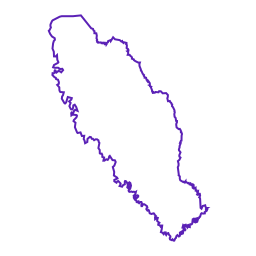 Ban Khwao, Chaiyaphum, Thailand (Equal Earth projection)
{"feature_id": "78962969B12995220204726", "entity_name": "Ban Khwao", "entity_type": "district", "adm_level": 2, "iso_a3": "THA", "parent_name": "Thailand", "parent_adm1": "Chaiyaphum", "projection": "equal_earth", "projection_center": [101.855, 15.816], "detail": "fine", "context": "isolated", "style": "outline", "palette": "violet", "viewbox_px": 256, "rotation_deg": 0, "n_neighbors": 0, "source": "geoboundaries", "source_scale": "gbopen_adm2", "svg_char_len": 5826}
<svg xmlns="http://www.w3.org/2000/svg" viewBox="0 0 256 256"><path d="M80.9,15.4L73.0,16.2L61.7,16.2L59.7,16.7L52.7,20.3L52.0,21.1L50.5,24.4L50.4,26.0L50.9,27.4L49.6,30.0L48.8,30.8L50.2,34.0L52.0,36.5L54.7,38.2L54.9,39.8L53.8,41.0L53.1,43.4L52.5,48.6L53.8,51.7L54.0,56.4L55.6,56.5L57.0,55.1L57.3,59.8L58.4,62.2L57.9,62.9L54.0,65.0L53.1,67.3L54.9,67.8L58.0,67.7L60.2,69.0L62.3,68.8L63.1,70.1L61.2,72.3L60.1,71.3L59.3,71.3L58.8,70.6L56.3,72.7L55.7,72.4L55.6,70.6L55.0,70.3L54.5,71.1L54.6,72.7L53.6,73.4L52.6,73.2L52.4,75.0L54.5,77.2L55.8,77.8L56.1,79.1L58.0,79.7L58.9,82.2L58.8,83.8L57.2,84.9L59.3,87.3L59.4,90.1L59.8,91.3L60.3,92.0L63.8,92.3L63.0,95.2L62.1,96.5L61.8,98.7L64.4,103.1L65.0,103.5L66.1,102.5L67.8,97.0L71.8,98.1L71.3,99.6L69.1,101.4L70.6,102.9L69.4,106.1L70.5,108.5L71.1,109.3L72.5,109.4L73.1,107.6L73.3,105.4L74.7,104.7L76.2,107.0L77.5,110.8L75.1,109.8L74.0,111.1L73.2,113.1L71.7,112.4L71.2,113.1L71.4,115.4L72.4,114.7L74.5,114.8L76.6,115.1L77.0,115.8L76.4,117.4L73.9,120.0L73.5,121.1L75.5,122.7L74.9,127.2L77.1,132.5L77.6,133.0L80.5,132.4L81.9,136.0L84.2,135.8L83.7,139.1L84.5,140.4L85.1,143.2L87.3,142.0L87.5,138.9L89.8,136.9L90.9,137.1L91.8,138.8L92.9,138.8L94.1,140.2L95.6,139.3L97.0,139.3L98.4,140.3L98.8,142.1L99.4,142.9L98.4,148.1L99.7,150.0L99.8,153.3L100.3,153.7L101.7,153.6L102.3,154.9L102.3,156.9L104.1,157.5L103.4,160.7L104.4,160.7L106.2,159.3L107.7,159.9L108.8,158.2L109.2,156.4L109.8,155.9L112.5,160.1L114.9,160.3L115.7,162.0L114.3,165.7L112.8,167.0L114.2,171.9L113.9,175.5L117.1,177.6L117.5,178.4L114.3,179.9L114.3,181.3L116.5,182.7L117.3,181.4L118.2,181.0L120.6,183.5L120.6,184.2L119.6,186.0L122.1,186.7L123.0,185.2L124.8,184.3L124.8,181.6L125.1,181.0L125.8,181.1L126.8,182.3L127.9,184.9L127.3,187.4L128.6,188.6L129.1,188.2L128.6,182.9L129.4,182.3L130.3,183.0L131.0,185.6L130.2,188.7L128.6,190.4L128.9,191.5L129.7,191.9L131.4,191.5L132.4,192.0L133.9,191.7L135.1,192.3L135.9,191.8L135.4,194.0L133.9,195.6L134.9,196.2L137.6,195.3L138.2,195.7L138.2,196.7L136.5,198.3L134.6,197.2L133.8,197.2L133.8,197.8L134.9,199.7L136.5,200.7L136.6,202.0L137.2,202.3L138.4,201.5L138.5,202.6L139.1,203.2L140.3,202.0L141.4,202.0L141.9,203.3L141.3,205.0L141.5,206.1L142.1,206.1L143.2,204.2L144.4,204.3L147.0,206.2L147.4,207.7L146.5,208.3L146.4,209.3L147.4,210.6L148.4,210.0L148.9,210.3L149.7,213.3L151.5,214.0L153.4,213.3L154.2,213.6L154.4,214.4L155.9,216.0L155.0,217.1L155.1,219.2L157.1,217.7L157.8,217.9L157.1,220.2L157.3,221.2L159.4,222.8L158.3,223.9L158.2,224.8L159.9,225.4L160.8,226.9L161.2,226.7L161.3,225.5L162.2,225.5L161.7,229.4L160.9,232.1L162.4,232.7L163.6,234.1L164.4,232.4L165.6,232.4L165.6,234.0L166.2,235.0L167.1,233.4L168.3,233.1L168.9,234.6L170.4,236.3L170.4,237.1L169.7,238.1L170.0,239.4L171.6,240.1L172.5,239.3L173.4,240.6L174.3,240.6L175.2,238.5L175.9,238.0L176.4,236.1L177.4,235.1L178.8,236.5L179.6,236.2L179.9,235.6L179.9,232.6L181.6,231.6L181.8,233.9L182.9,233.5L183.5,229.7L185.0,230.3L185.4,229.8L184.3,227.9L182.5,227.6L183.2,225.1L184.9,226.8L185.3,226.4L185.1,224.9L185.8,224.7L187.4,227.6L188.4,226.3L188.3,225.7L187.7,225.2L188.3,224.9L189.1,225.5L189.3,227.0L189.8,227.1L189.8,225.3L190.3,224.2L191.5,224.4L192.2,223.7L192.7,219.3L193.9,218.6L194.8,218.8L193.9,221.8L194.9,222.1L195.6,221.7L196.1,220.6L195.8,218.6L197.2,218.2L197.3,219.0L196.3,222.1L197.2,221.8L198.2,218.6L199.0,218.1L199.5,216.8L200.1,216.7L200.9,214.0L201.6,213.2L203.0,213.6L204.8,213.4L204.7,212.1L206.7,210.8L207.2,209.6L205.9,209.5L205.9,208.9L207.2,208.0L206.4,208.0L205.5,206.8L205.2,205.3L202.7,206.0L201.5,208.7L200.6,207.9L200.1,198.7L199.7,197.4L199.3,197.3L200.1,195.7L199.8,193.8L198.7,193.7L197.9,194.9L197.1,194.5L197.8,193.3L198.0,191.3L197.1,191.9L196.6,190.4L195.7,190.6L195.6,188.2L195.1,188.7L194.6,187.5L193.9,187.4L193.4,188.3L192.7,187.8L192.6,186.9L193.4,186.4L193.7,185.1L192.7,184.2L191.7,184.3L191.6,185.2L191.0,184.9L191.0,184.1L190.5,183.3L190.2,183.5L190.3,184.5L189.5,184.4L188.7,182.9L187.8,183.2L186.1,181.9L185.5,182.3L185.5,181.3L184.7,182.3L183.8,181.7L183.3,182.1L180.3,180.3L179.8,178.8L179.8,176.4L178.6,175.2L178.8,174.6L177.8,167.2L178.5,165.7L178.6,163.8L177.9,161.1L179.4,159.8L180.5,157.6L179.4,156.6L179.3,155.2L180.5,152.3L179.0,150.3L178.9,149.5L179.7,146.9L179.5,146.2L180.6,143.5L180.7,143.0L180.0,142.9L180.9,140.8L181.5,140.6L181.6,135.6L182.0,134.0L181.4,132.2L180.9,132.2L180.8,130.5L179.8,128.9L178.7,129.1L176.6,127.4L176.2,124.7L176.4,123.3L176.9,122.6L177.0,121.0L176.1,120.9L175.6,117.9L174.6,116.8L174.3,114.1L174.8,112.1L174.4,111.4L174.5,110.3L173.0,107.2L172.0,106.1L172.2,104.4L171.4,103.8L171.2,102.8L170.1,102.0L169.8,101.0L168.0,101.2L167.3,98.2L167.8,97.0L167.9,95.0L166.1,93.1L162.7,93.3L160.8,91.3L159.1,91.2L158.5,92.3L155.5,92.0L154.9,92.7L152.8,92.9L152.6,92.2L152.9,91.7L152.1,91.4L152.0,90.1L150.8,87.1L151.1,86.7L150.0,86.3L149.9,85.5L149.4,85.2L149.9,85.0L149.8,83.2L148.6,81.4L148.0,81.9L147.2,80.9L147.4,80.0L146.5,79.7L146.1,77.8L144.6,77.7L144.6,76.8L143.7,75.7L144.0,75.0L142.7,73.8L141.5,71.0L140.9,70.6L140.9,69.6L139.5,66.0L139.4,64.0L139.9,62.5L138.1,62.5L135.3,61.1L133.9,60.1L133.8,59.4L131.9,58.7L132.0,57.6L131.5,56.6L130.6,56.2L129.7,54.9L127.7,54.8L128.2,53.4L128.1,52.1L127.4,51.4L127.9,51.3L127.8,50.5L128.3,51.1L128.5,50.1L128.0,49.0L126.6,48.0L126.9,45.8L126.6,44.3L126.2,44.1L126.5,43.7L126.5,42.9L124.1,42.3L123.5,43.0L123.0,42.5L123.4,42.2L122.2,41.8L122.1,41.1L121.3,41.5L119.7,40.1L115.0,39.3L113.1,37.3L110.7,41.2L110.3,40.2L108.1,41.1L107.9,42.3L106.4,43.0L106.7,44.0L106.3,44.6L106.1,43.7L105.5,43.9L105.1,43.2L104.6,43.8L104.0,42.7L103.4,42.7L103.4,43.2L103.0,43.4L101.5,43.2L101.4,42.6L100.5,42.4L98.0,42.7L97.6,42.4L97.8,41.9L97.1,41.6L97.3,41.1L96.8,40.4L97.1,39.5L96.5,38.4L96.8,35.6L96.3,33.3L94.4,33.2L94.5,31.2L93.6,30.6L93.0,28.9L91.2,28.3L80.9,15.4Z" fill="none" stroke="#5b21b6" stroke-width="2"/></svg>